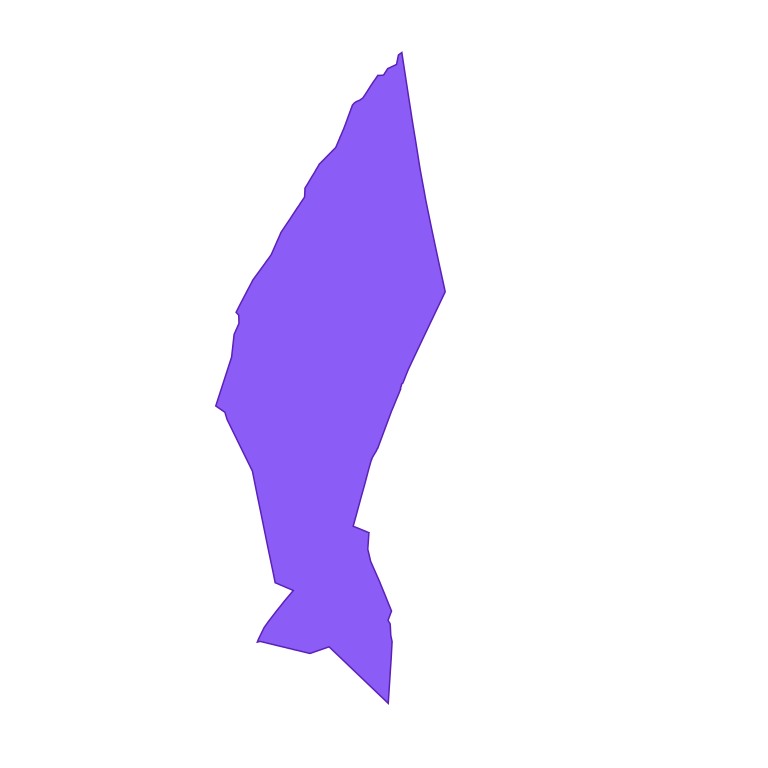 outline of Raarvihke sma 1, Nord-Trøndelag, Norway, rotated 304°
{"feature_id": "86288312B41208068814146", "entity_name": "Raarvihke sma 1", "entity_type": "district", "adm_level": 2, "iso_a3": "NOR", "parent_name": "Norway", "parent_adm1": "Nord-Trøndelag", "projection": "natural_earth1", "projection_center": [13.659, 64.821], "detail": "fine", "context": "isolated", "style": "filled", "palette": "violet", "viewbox_px": 768, "rotation_deg": 304, "n_neighbors": 0, "source": "geoboundaries", "source_scale": "gbopen_adm2", "svg_char_len": 4370}
<svg xmlns="http://www.w3.org/2000/svg" viewBox="0 0 768 768"><g transform="rotate(304 384 384)"><path d="M494.6,383.2L495.8,382.0L496.9,380.9L515.2,361.7L528.5,347.9L531.8,344.5L537.2,338.9L545.6,330.3L550.8,325.0L559.2,316.4L566.5,309.3L572.4,303.5L572.9,303.0L573.3,302.6L582.4,293.7L603.2,274.3L612.4,265.6L615.6,262.6L620.4,258.1L625.3,253.6L631.1,248.2L649.5,231.2L668.8,213.4L664.8,212.0L655.9,215.7L654.1,214.6L652.9,213.9L652.5,213.7L651.1,212.8L650.3,212.4L648.2,211.1L647.7,210.8L647.6,210.7L643.6,210.8L642.2,210.8L641.4,210.8L640.3,211.0L640.0,210.8L639.5,210.6L638.7,209.5L637.9,208.5L637.8,208.3L637.1,207.4L637.0,207.2L636.6,206.6L636.4,206.3L635.5,206.3L633.4,206.3L631.1,206.3L630.9,206.3L628.8,206.2L626.8,206.2L625.5,206.3L624.6,206.2L622.2,206.3L621.5,206.3L621.3,206.3L618.6,206.4L614.8,206.5L611.2,206.5L609.4,206.5L608.2,206.1L606.9,205.6L606.0,205.3L605.0,204.7L604.0,204.0L602.3,203.0L601.1,202.5L600.0,202.2L598.6,202.0L597.4,201.9L596.6,202.1L595.3,202.5L593.6,202.8L591.6,203.4L590.4,203.6L589.0,204.0L587.6,204.3L586.0,204.7L584.4,205.1L582.8,205.5L580.8,206.0L579.2,206.4L576.8,207.0L574.5,207.5L573.6,207.7L572.8,208.0L571.0,208.2L569.3,208.6L568.2,208.8L566.2,209.2L564.2,209.5L562.6,209.9L560.5,210.3L558.5,210.7L556.9,211.0L554.9,211.4L553.0,211.7L550.8,211.3L548.2,210.8L545.4,210.3L542.3,209.7L539.6,209.2L536.7,208.7L534.3,208.2L532.0,207.8L530.2,207.4L526.6,207.7L523.8,207.8L520.4,208.1L517.6,208.2L514.7,208.3L511.5,208.5L506.4,208.8L503.0,208.9L502.1,209.0L500.2,210.2L498.2,211.4L496.1,212.7L494.5,213.6L490.5,213.6L487.1,213.6L484.0,213.7L481.6,213.6L474.6,213.7L471.6,213.7L468.4,213.8L465.4,213.8L463.4,213.8L461.0,213.8L457.7,213.8L452.4,213.8L451.4,213.9L449.7,214.3L447.4,214.7L445.3,215.1L442.7,215.5L440.7,215.9L438.5,216.3L436.3,216.7L433.5,217.2L430.8,217.7L428.9,218.0L427.7,218.2L425.7,218.1L423.7,218.1L421.1,217.9L418.6,217.9L415.7,217.8L413.1,217.7L410.1,217.6L407.1,217.5L404.9,217.4L402.1,217.3L400.1,217.2L396.4,217.1L395.6,217.3L390.2,217.9L386.1,218.3L379.9,219.0L375.5,219.5L374.9,219.6L371.0,220.0L365.3,220.7L360.7,221.3L359.8,225.1L353.1,229.9L341.3,232.0L321.1,242.6L271.7,256.8L271.6,267.9L266.8,273.8L265.2,276.6L250.7,301.8L238.2,323.6L221.1,340.9L207.3,355.0L200.4,362.0L195.2,367.3L183.9,378.8L166.3,396.9L158.4,404.9L162.1,424.3L148.2,422.8L143.8,422.5L135.6,421.8L122.7,421.0L115.1,420.8L102.3,422.6L99.2,423.3L101.3,425.2L103.3,430.4L104.3,433.3L105.2,435.5L105.3,436.0L105.6,436.8L105.8,437.1L105.9,437.4L106.3,438.5L106.3,438.8L106.7,439.6L107.2,441.1L107.4,441.6L107.6,442.1L107.7,442.5L107.9,443.0L108.1,443.3L108.2,443.6L108.3,443.8L108.4,444.3L108.6,444.8L108.8,445.3L109.1,446.1L109.3,446.7L109.4,447.0L109.6,447.5L109.8,448.0L110.1,448.7L110.4,449.5L110.6,450.0L110.8,450.6L111.0,451.3L111.2,451.9L111.4,452.3L111.5,452.6L111.6,452.9L111.8,453.4L111.9,453.7L112.0,454.0L112.3,454.7L112.4,454.8L112.7,455.7L113.1,457.0L113.6,458.3L113.7,458.6L115.0,461.9L115.1,462.1L115.2,462.6L115.4,463.0L116.5,466.0L119.2,473.3L134.4,484.7L134.6,484.9L134.9,485.1L135.4,485.4L135.3,485.6L135.3,486.0L121.6,566.1L160.7,543.3L174.9,534.8L179.5,530.1L186.1,525.2L188.6,523.2L190.3,519.5L200.0,517.2L206.9,506.9L207.9,505.5L215.5,494.1L217.8,490.7L229.5,472.1L235.2,466.0L236.7,464.3L238.0,462.9L242.9,460.1L252.2,454.7L252.3,454.7L250.1,443.7L248.8,438.0L259.6,434.4L280.1,427.4L280.8,427.2L291.6,423.6L301.0,420.3L307.1,418.2L310.5,417.1L313.3,416.2L313.5,416.1L313.8,416.1L314.0,416.0L314.4,416.1L314.5,416.0L314.8,415.9L315.0,415.8L315.0,415.7L315.3,415.7L315.5,415.6L319.1,415.3L323.4,415.1L323.5,415.1L323.8,415.1L324.0,415.1L324.3,415.0L324.5,415.0L324.7,414.9L324.8,414.9L325.0,414.9L325.4,414.8L325.5,414.7L325.8,414.7L326.0,414.6L326.3,414.6L326.5,414.7L326.7,414.8L326.9,414.8L327.0,414.8L366.2,405.3L366.3,405.3L368.8,404.8L369.0,404.8L373.8,403.8L375.8,403.4L376.6,403.2L378.0,402.9L382.2,402.1L385.1,401.5L388.2,400.8L389.1,400.7L389.3,400.5L389.4,400.4L389.4,400.2L389.5,400.1L390.1,400.0L390.3,399.9L390.6,399.8L390.8,399.7L391.0,399.6L391.3,399.6L391.6,399.5L391.8,399.5L392.0,399.4L392.4,399.3L392.5,399.3L392.6,399.2L392.8,399.1L393.0,399.0L393.1,398.9L393.4,398.7L393.6,398.7L393.9,398.7L394.3,398.7L394.6,398.8L394.8,399.0L395.2,399.1L395.3,399.1L399.7,398.2L404.0,397.2L409.8,396.0L416.9,394.9L442.4,391.0L494.6,383.2Z" fill="#8b5cf6" stroke="#5b21b6" stroke-width="1.5"/></g></svg>